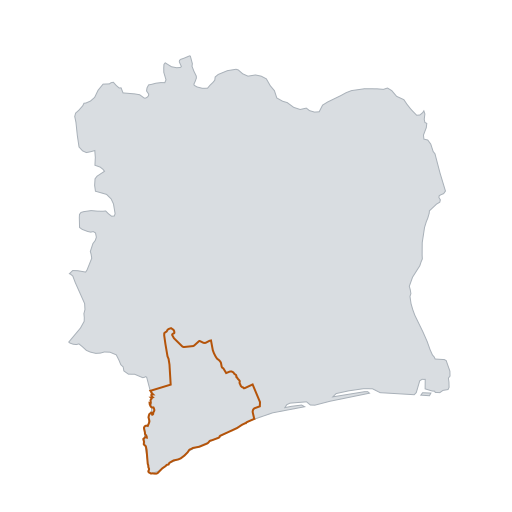 location of Bas-Sassandra within Ivory Coast, rotated 354°
{"feature_id": "CIV-3448", "entity_name": "Bas-Sassandra", "entity_type": "Department", "adm_level": 1, "iso_a3": "CIV", "parent_name": "Ivory Coast", "parent_adm1": "", "projection": "orthographic", "projection_center": [-6.849, 5.451], "detail": "fine", "context": "in_parent", "style": "outline", "palette": "amber", "viewbox_px": 512, "rotation_deg": 354, "n_neighbors": 0, "source": "natural_earth", "source_scale": "10m", "svg_char_len": 6633}
<svg xmlns="http://www.w3.org/2000/svg" viewBox="0 0 512 512"><g transform="rotate(354 256 256)"><path d="M100.9,86.1L102.8,86.1L107.6,84.6L112.1,81.4L116.3,74.6L121.9,69.1L128.2,69.5L130.0,68.5L132.3,68.3L134.9,71.9L137.5,74.6L139.4,74.7L140.8,79.9L152.3,82.1L157.2,83.5L161.4,87.3L162.8,87.4L164.6,86.6L165.9,85.3L166.2,83.8L164.4,80.4L165.2,77.4L167.1,74.6L170.0,74.4L174.5,73.7L179.6,73.6L183.4,74.1L184.9,71.4L183.5,63.7L183.9,59.4L184.5,55.8L185.9,54.4L191.6,58.9L196.8,60.5L200.5,60.6L201.6,59.8L200.0,54.9L200.4,53.4L201.8,52.5L204.2,52.0L210.9,50.0L211.6,50.4L212.8,58.1L212.2,60.7L213.6,65.9L215.4,70.8L215.3,72.8L213.8,75.9L212.2,78.6L212.4,79.8L215.0,81.7L220.1,83.6L225.3,84.1L228.3,81.2L231.3,78.9L233.4,76.8L234.1,73.7L237.4,71.5L246.9,68.7L255.7,68.2L257.8,69.1L261.8,73.4L266.8,76.3L274.4,75.9L280.0,77.7L284.8,80.9L288.0,88.2L291.6,93.5L293.2,101.0L298.7,104.9L303.1,106.7L309.0,112.1L315.2,114.9L321.5,114.2L324.4,117.0L329.2,119.0L333.9,119.2L338.0,112.9L343.4,110.3L357.2,105.3L362.7,103.0L368.2,101.5L381.5,101.0L393.9,102.4L400.1,103.6L404.3,102.7L408.3,105.7L412.5,111.9L415.9,113.9L419.4,116.0L422.0,120.9L425.1,125.8L426.7,128.0L430.5,132.8L433.7,132.9L436.8,130.8L438.1,129.2L438.8,132.4L437.6,137.6L437.9,140.8L439.7,142.0L438.8,146.1L435.2,153.2L435.2,157.3L438.9,158.6L441.5,163.0L443.1,170.6L444.7,173.1L444.9,174.6L447.7,192.9L451.2,211.2L449.1,213.6L446.3,214.4L444.5,215.2L444.0,216.9L445.2,219.4L444.4,221.7L440.9,223.3L433.2,229.2L432.7,231.6L430.7,236.5L429.0,239.6L426.6,245.2L422.7,260.1L421.3,272.5L421.1,276.3L419.6,279.0L417.9,282.8L409.5,293.4L405.3,302.1L405.9,305.8L406.1,309.6L404.9,312.3L405.2,319.6L406.3,325.8L407.8,331.7L414.0,348.7L417.3,359.0L419.3,367.3L421.1,372.8L422.7,375.1L423.4,377.2L432.5,378.7L434.2,379.9L436.8,390.8L436.4,395.7L434.6,397.5L434.7,401.7L434.3,406.8L433.0,408.9L427.9,409.2L424.5,411.1L420.0,410.4L419.5,409.1L417.1,408.7L410.3,405.8L411.4,396.4L408.3,396.0L405.8,397.2L401.1,408.6L398.9,410.5L365.2,404.9L357.9,400.2L349.1,399.2L333.9,399.8L321.3,401.2L317.7,404.1L349.5,402.3L352.9,402.6L354.5,404.3L314.3,408.2L299.0,410.5L294.5,409.9L291.0,406.3L274.4,405.9L271.0,407.1L268.9,409.8L275.5,409.2L285.8,409.0L288.6,411.0L256.2,413.7L233.7,418.9L224.2,422.6L192.9,435.0L173.8,440.9L168.8,443.0L160.0,449.1L148.9,452.8L136.3,459.9L128.6,461.5L126.9,459.3L126.7,447.2L125.7,431.1L126.1,425.0L127.1,419.2L127.2,414.4L131.0,412.6L132.0,410.6L132.6,404.3L136.1,398.6L136.2,388.7L137.3,386.6L138.1,384.0L136.5,377.5L134.6,365.2L133.6,364.4L132.7,364.9L130.7,365.2L122.9,360.9L116.8,360.2L112.6,356.5L112.3,352.4L110.2,350.0L108.8,345.2L106.7,339.7L100.7,336.4L95.1,335.6L91.1,336.3L86.5,336.1L81.1,334.2L77.4,332.1L73.9,328.1L70.7,324.9L68.1,325.3L64.9,324.6L61.8,323.1L60.8,322.0L73.9,309.3L78.3,303.0L78.8,299.2L78.8,295.4L80.3,291.4L80.6,285.4L73.5,263.6L71.7,256.8L69.8,254.8L68.6,254.1L72.2,251.3L77.2,252.0L84.9,254.2L86.6,252.1L92.4,241.1L92.2,237.0L91.7,234.2L95.1,226.6L97.8,223.7L99.2,220.6L98.8,216.3L96.7,214.7L94.1,215.0L90.9,213.9L86.0,211.4L83.5,209.2L84.3,199.3L84.8,196.2L86.5,194.4L89.2,193.9L96.8,193.6L102.9,194.8L108.3,195.5L111.2,195.5L113.5,198.4L116.6,201.4L119.3,201.4L120.3,199.2L119.7,189.3L117.9,184.1L113.8,179.1L103.1,174.8L102.9,168.9L104.0,162.4L106.3,160.0L114.2,155.9L112.8,153.7L110.3,151.3L105.3,148.9L106.5,141.2L106.7,134.3L102.5,135.0L98.1,135.4L94.5,133.3L91.4,129.1L90.9,117.5L90.9,104.2L90.3,98.3L91.5,95.1L95.3,92.3L99.4,88.5L100.9,86.1ZM415.6,410.6L413.9,413.1L405.4,411.6L407.4,409.4L415.6,410.6Z" fill="#d9dde1" stroke="#a8b0b8" stroke-width="1"/><path d="M139.1,382.8L138.3,381.8L136.9,379.0L138.1,378.8L157.7,375.0L158.6,355.0L158.3,349.2L157.5,346.5L156.7,333.8L156.4,325.3L156.7,323.2L157.5,322.6L158.0,322.3L158.4,322.1L158.7,322.0L159.0,321.9L159.2,321.7L159.4,321.5L160.3,320.2L161.4,319.5L161.8,319.4L163.5,319.0L164.0,318.9L166.2,320.8L166.7,321.9L166.8,322.7L166.8,323.2L166.8,323.6L166.7,324.0L166.3,324.3L165.7,324.5L165.3,324.6L165.0,324.8L164.7,325.0L164.4,325.5L164.4,325.9L165.8,329.2L173.2,338.2L174.1,338.8L174.8,339.0L184.1,339.0L184.7,338.8L185.4,338.4L190.2,334.9L190.7,334.6L191.4,334.8L194.6,336.8L195.7,337.1L196.8,337.1L200.8,335.5L202.4,335.3L203.2,345.2L204.0,348.3L205.3,351.7L206.5,354.0L206.9,354.4L207.3,354.8L207.5,354.9L208.3,355.7L208.8,356.3L209.1,356.8L209.7,357.8L209.9,358.3L210.0,358.8L210.3,362.5L210.5,363.1L210.7,363.5L211.2,363.9L211.5,364.1L211.8,364.4L212.1,365.0L214.1,369.3L217.8,368.2L219.3,368.2L219.8,368.4L221.3,369.4L221.5,369.7L222.1,370.9L223.5,372.1L223.7,372.3L223.8,372.6L223.9,372.9L223.8,373.7L223.8,374.0L223.9,374.5L224.1,374.7L224.5,374.8L224.6,375.0L224.8,375.7L225.2,376.4L225.6,376.8L225.8,377.2L226.1,377.5L226.7,378.5L226.7,379.2L226.6,379.5L226.5,379.8L226.4,380.1L226.4,380.5L226.5,381.2L226.6,381.5L226.8,381.7L226.9,382.0L227.2,383.3L227.3,383.6L227.5,383.9L227.9,384.3L228.2,384.7L228.4,384.9L228.8,385.1L229.5,385.4L229.8,385.7L229.9,386.1L230.1,386.3L231.1,386.2L239.2,383.4L244.7,401.7L244.1,405.9L238.9,407.2L238.3,407.4L237.8,407.8L237.1,408.5L236.9,408.9L236.7,409.4L236.4,410.4L236.4,411.2L237.2,417.6L237.3,417.8L230.0,420.1L228.9,420.6L228.5,421.2L227.7,421.2L224.4,422.4L219.3,425.1L201.7,431.0L201.1,431.4L200.7,432.4L199.8,432.9L193.0,434.6L191.6,434.8L190.6,435.1L188.9,436.8L187.8,437.4L179.7,439.8L173.2,440.3L171.5,441.1L170.0,441.5L169.3,441.9L167.5,444.1L164.0,447.0L160.0,449.4L157.4,450.2L152.6,450.7L148.8,452.4L148.0,452.9L147.3,454.2L146.6,454.3L145.8,454.3L145.2,454.5L144.1,455.5L140.6,457.4L135.5,461.6L134.3,462.0L132.8,461.9L130.0,461.3L128.9,461.4L126.8,460.0L126.4,459.2L126.5,458.6L127.2,457.4L127.4,456.7L127.3,456.1L126.9,454.8L127.0,453.2L126.9,452.5L126.7,451.9L126.6,451.3L126.9,437.5L126.6,434.1L126.4,433.5L126.1,433.1L125.6,432.7L125.1,432.2L124.7,431.5L124.7,431.4L124.8,430.9L125.1,429.6L125.2,428.8L124.8,426.8L124.8,426.2L126.8,424.7L127.6,424.8L128.1,425.1L128.4,425.2L128.4,424.2L128.0,422.9L127.4,422.1L127.0,421.2L127.1,419.8L126.6,416.1L126.7,414.9L127.5,413.8L128.6,413.3L129.7,413.3L130.6,413.7L132.3,410.5L132.7,409.4L132.7,408.3L132.2,405.2L132.9,403.1L133.2,402.5L133.6,401.9L135.3,401.0L135.5,400.8L136.2,401.0L135.8,401.5L135.8,401.9L136.1,402.3L136.1,402.8L136.2,403.0L136.8,402.8L137.2,402.4L137.4,401.3L137.5,400.9L138.3,399.8L138.7,399.1L138.8,398.4L138.6,397.1L138.2,395.9L137.8,395.8L137.1,395.9L136.1,395.4L135.5,394.5L135.1,393.4L134.8,392.3L134.8,391.2L135.7,391.7L136.0,391.0L136.0,388.6L136.4,387.7L137.2,387.1L137.5,386.5L137.4,386.4L136.8,385.8L137.2,385.8L138.5,385.7L137.6,384.6L137.3,383.4L137.7,382.6L139.1,382.8Z" fill="none" stroke="#b45309" stroke-width="2"/></g></svg>